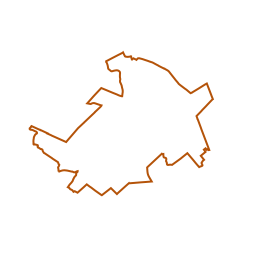 the district of Baneasa, Giurgiu, Romania, rotated 151°
{"feature_id": "2599482B8826706360299", "entity_name": "Baneasa", "entity_type": "district", "adm_level": 2, "iso_a3": "ROU", "parent_name": "Romania", "parent_adm1": "Giurgiu", "projection": "natural_earth1", "projection_center": [26.067, 44.052], "detail": "fine", "context": "isolated", "style": "outline", "palette": "amber", "viewbox_px": 256, "rotation_deg": 151, "n_neighbors": 0, "source": "geoboundaries", "source_scale": "gbopen_adm2", "svg_char_len": 5360}
<svg xmlns="http://www.w3.org/2000/svg" viewBox="0 0 256 256"><g transform="rotate(151 128 128)"><path d="M114.7,197.0L115.1,196.3L115.0,195.6L115.0,195.0L115.3,193.3L115.6,192.1L116.5,189.6L116.5,189.1L116.1,188.1L115.4,186.3L115.2,185.9L114.9,185.6L114.5,185.4L114.2,185.3L112.8,185.0L111.2,184.5L110.3,184.1L109.8,183.9L109.5,183.7L109.2,183.4L108.9,183.1L108.6,182.8L108.4,182.4L108.2,182.0L108.1,181.7L108.0,181.3L108.0,180.9L108.1,180.5L108.2,180.2L108.3,179.9L109.0,178.9L110.1,177.0L110.4,176.4L110.7,175.6L110.9,174.9L111.1,174.5L111.2,174.3L111.3,174.1L111.8,173.6L112.2,173.0L112.3,172.7L112.6,172.2L112.7,171.7L112.7,170.8L112.8,169.8L112.9,169.4L112.9,168.5L113.6,166.3L114.0,164.7L114.1,164.2L114.3,163.9L114.5,163.2L114.8,162.7L115.4,161.7L116.2,160.7L117.7,158.6L118.1,158.8L118.3,159.0L119.3,160.0L119.7,160.4L120.8,161.8L121.2,162.4L122.9,164.5L123.9,165.7L129.2,172.4L132.0,175.9L135.5,174.8L138.3,173.9L141.1,173.0L143.2,172.3L151.7,169.3L149.2,167.2L148.5,167.0L147.6,167.0L146.7,166.8L146.5,166.7L146.0,166.5L145.5,166.2L144.4,165.1L143.7,164.3L141.8,162.2L141.0,161.3L140.6,160.9L140.2,160.6L140.4,160.4L140.7,160.3L141.2,160.1L141.9,159.8L148.2,158.2L148.9,158.1L149.1,157.9L151.7,157.2L152.5,157.0L153.1,156.9L153.5,156.7L154.1,156.6L168.4,152.9L171.7,152.1L178.7,149.5L184.4,147.4L185.0,147.2L187.4,146.3L188.9,145.7L197.6,157.3L198.1,157.9L198.5,158.6L201.2,162.2L200.9,162.3L205.6,168.8L205.7,168.7L210.6,175.3L211.4,176.4L211.6,176.3L211.8,176.3L211.8,176.2L212.0,176.0L212.9,175.7L213.8,175.5L214.1,175.4L214.2,175.2L214.4,175.0L214.5,174.8L214.5,174.6L214.4,174.3L214.2,173.9L214.0,173.7L213.0,173.0L212.7,172.8L212.2,172.2L211.1,170.6L210.0,169.2L209.9,169.0L209.9,168.1L209.9,167.9L210.0,167.7L210.3,167.5L210.5,167.4L210.9,167.4L212.0,167.3L212.2,167.2L212.9,166.9L214.2,166.0L214.9,165.4L215.9,164.0L216.3,163.6L217.2,162.2L217.4,161.7L217.9,160.6L218.1,160.1L218.2,159.9L218.3,160.0L218.5,159.6L218.5,159.4L218.4,159.2L218.1,159.0L217.7,158.9L217.6,159.0L215.7,157.2L215.3,156.5L215.4,156.4L215.6,156.1L216.2,155.4L216.2,155.1L216.2,154.8L216.1,154.5L215.9,154.5L215.9,154.3L215.3,153.4L214.8,152.3L214.7,152.1L214.6,151.9L214.0,151.6L213.8,151.4L213.7,151.2L213.5,150.8L213.4,150.6L213.4,150.3L213.5,150.0L213.7,149.3L213.7,148.5L213.7,148.0L213.6,146.9L213.4,146.7L213.1,146.3L213.1,146.2L209.9,140.0L209.1,138.5L209.1,138.4L209.0,138.1L205.8,132.0L206.2,130.2L206.0,129.6L205.9,129.3L206.0,129.2L206.5,128.5L208.2,127.5L208.3,127.3L208.9,125.5L209.1,125.0L209.4,124.5L209.7,123.5L209.9,123.5L209.5,123.3L207.8,123.1L206.1,122.7L205.2,122.4L204.0,121.8L202.3,120.6L201.4,119.9L198.3,117.1L197.8,116.9L197.6,116.6L197.4,116.3L197.1,115.9L196.7,115.4L196.0,115.1L195.5,115.0L195.0,114.9L193.8,114.9L193.4,114.8L193.0,114.7L193.3,114.2L194.7,113.8L195.1,113.5L195.4,113.3L195.6,113.0L195.8,112.6L196.1,112.1L196.4,111.8L196.7,111.7L197.4,111.5L197.9,111.3L198.4,111.2L198.7,111.0L199.7,110.4L199.9,110.2L200.3,109.9L200.5,109.9L202.1,108.5L203.8,107.7L206.5,106.8L208.1,106.0L208.2,105.8L209.3,105.4L208.7,104.4L208.4,104.0L208.4,103.6L208.2,102.6L208.1,102.3L207.9,102.0L207.6,101.8L207.1,101.0L206.8,100.3L206.6,98.6L205.6,98.6L205.3,98.6L203.5,95.9L195.5,97.7L191.4,98.7L190.0,95.5L189.1,93.8L187.0,89.0L183.6,82.0L183.5,81.9L172.1,83.7L169.7,75.6L168.4,76.0L158.4,78.3L153.9,79.3L153.9,79.1L142.8,74.1L138.7,72.2L133.2,69.7L133.3,74.1L133.3,75.7L133.2,76.6L133.1,77.5L132.8,78.7L132.2,80.3L130.4,84.2L129.4,84.5L110.9,89.1L110.8,88.8L110.4,88.4L110.1,88.2L109.7,88.1L110.0,87.5L110.5,86.6L110.8,85.7L110.9,85.3L110.8,84.9L110.7,84.7L109.7,83.7L109.4,83.3L109.4,83.2L109.4,82.7L109.7,82.0L110.2,81.4L110.5,81.0L110.8,80.5L110.8,80.3L110.8,79.4L111.0,78.5L111.3,77.9L111.5,77.4L111.5,77.0L111.4,76.9L111.3,76.6L111.0,76.4L110.5,76.1L109.6,75.8L108.6,75.3L107.7,74.7L107.4,74.4L96.8,75.7L95.7,75.9L88.3,77.2L86.7,69.4L85.7,64.0L85.2,61.6L84.7,59.3L83.8,59.3L82.8,59.1L82.0,59.0L81.6,59.0L81.3,59.0L81.1,59.1L80.9,59.4L80.8,59.8L80.8,61.0L80.7,61.4L80.6,61.8L80.2,62.1L79.2,62.6L78.7,62.9L78.1,63.1L77.6,63.2L76.9,63.3L77.8,68.4L71.8,69.5L72.1,72.3L70.0,72.6L69.8,70.9L68.8,71.0L68.3,70.5L68.4,69.7L67.6,69.4L64.4,91.5L64.2,92.5L62.8,101.7L62.9,101.8L63.0,101.8L63.5,101.6L62.9,102.0L62.6,103.3L62.3,105.2L62.0,105.3L56.0,107.1L54.1,107.8L52.4,108.3L49.1,109.3L47.3,109.9L42.5,111.4L40.2,112.1L39.8,112.1L39.3,116.0L39.2,116.5L37.5,128.7L39.4,128.7L45.0,128.4L46.9,128.3L54.8,128.0L55.1,127.9L55.5,128.0L56.0,128.2L56.3,128.1L56.6,128.6L58.3,133.1L58.6,133.7L59.1,134.7L61.0,139.0L61.3,139.7L61.6,140.4L62.2,141.9L62.3,142.4L62.4,143.4L63.1,146.8L63.4,148.8L63.8,151.1L64.8,157.4L65.0,158.2L65.2,158.7L65.4,158.9L65.5,159.1L65.6,159.4L67.1,161.8L67.6,162.4L67.5,162.5L68.5,163.7L71.0,167.4L71.2,167.8L71.6,168.5L72.3,169.5L73.7,171.7L74.2,172.5L74.8,173.4L75.4,174.1L75.9,174.5L76.2,175.0L76.6,175.3L77.6,176.5L78.4,177.4L79.9,179.0L81.7,181.0L82.4,181.7L84.3,183.5L85.1,183.9L85.4,184.1L85.6,184.1L86.3,183.9L86.7,183.8L87.6,183.5L87.8,183.9L88.2,184.5L89.3,186.0L89.5,186.3L91.0,186.0L91.3,185.9L91.4,186.0L91.3,186.5L91.1,187.4L90.9,188.2L90.8,188.5L90.8,188.9L90.6,189.2L90.7,189.3L91.0,189.2L91.2,189.3L93.7,190.3L94.6,190.9L95.4,191.5L95.6,191.7L95.7,191.9L95.7,192.0L95.9,192.2L95.7,196.5L96.0,196.4L99.0,196.5L101.2,196.6L107.9,196.8L112.9,196.9L114.7,197.0Z" fill="none" stroke="#b45309" stroke-width="2"/></g></svg>